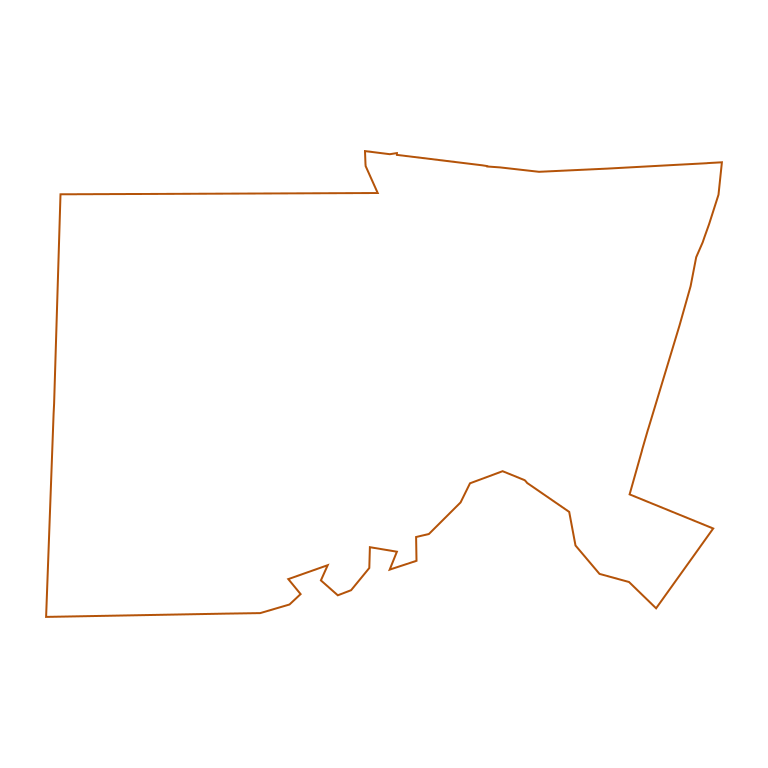 outline of Chatham, North Carolina, United States of America
{"feature_id": "52423323B14354117939390", "entity_name": "Chatham", "entity_type": "district", "adm_level": 2, "iso_a3": "USA", "parent_name": "United States of America", "parent_adm1": "North Carolina", "projection": "natural_earth1", "projection_center": [-79.146, 35.696], "detail": "fine", "context": "isolated", "style": "outline", "palette": "amber", "viewbox_px": 768, "rotation_deg": 0, "n_neighbors": 0, "source": "geoboundaries", "source_scale": "gbopen_adm2", "svg_char_len": 1020}
<svg xmlns="http://www.w3.org/2000/svg" viewBox="0 0 768 768"><path d="M46.1,616.9L51.7,616.8L62.9,616.6L227.0,613.6L227.4,613.6L260.2,613.1L289.5,604.5L300.6,594.1L288.3,579.1L327.7,565.2L320.9,580.4L337.8,595.3L351.1,590.2L369.3,568.0L369.9,547.2L396.9,551.7L389.7,569.6L416.5,560.8L416.1,537.0L428.9,534.0L460.6,502.4L470.0,483.3L502.6,471.2L524.7,480.2L525.7,481.2L526.3,481.9L526.6,482.3L527.2,483.0L569.2,511.9L575.5,545.5L599.5,573.9L629.0,582.0L656.1,608.3L699.2,548.1L700.4,546.4L712.7,529.2L713.2,528.5L629.6,494.4L642.0,450.5L642.0,450.2L648.0,429.5L648.3,428.7L679.5,325.5L690.6,286.2L696.2,257.2L702.7,242.3L704.5,237.0L708.9,224.7L709.3,223.5L718.5,194.7L721.9,162.3L707.5,163.1L707.2,163.2L679.1,164.7L678.9,164.7L607.4,168.6L539.0,171.8L500.0,167.4L487.3,166.5L487.3,166.1L482.2,165.3L396.9,154.9L396.9,153.1L389.8,154.2L365.0,151.1L365.0,151.3L365.5,164.5L365.6,164.8L365.6,165.2L365.6,166.0L377.7,193.0L60.5,194.3L54.1,403.8L53.6,413.6L46.1,616.9Z" fill="none" stroke="#b45309" stroke-width="2"/></svg>